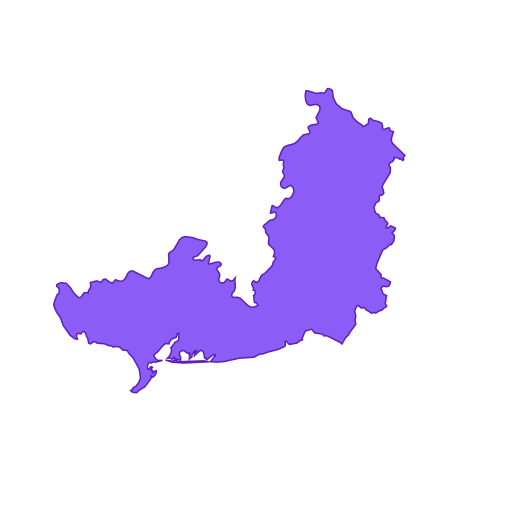 SVG path tracing the border of Odessa, rotated 41°
{"feature_id": "UKR-322", "entity_name": "Odessa", "entity_type": "Region", "adm_level": 1, "iso_a3": "UKR", "parent_name": "Ukraine", "parent_adm1": "", "projection": "orthographic", "projection_center": [29.872, 46.718], "detail": "fine", "context": "isolated", "style": "filled", "palette": "violet", "viewbox_px": 512, "rotation_deg": 41, "n_neighbors": 0, "source": "natural_earth", "source_scale": "10m", "svg_char_len": 6105}
<svg xmlns="http://www.w3.org/2000/svg" viewBox="0 0 512 512"><g transform="rotate(41 256 256)"><path d="M125.5,409.7L124.4,408.2L126.0,404.4L130.7,401.1L136.8,401.7L143.2,403.5L148.7,403.8L150.5,403.0L150.9,401.6L150.3,396.9L151.3,395.4L153.6,394.4L152.5,392.7L151.5,387.6L148.4,384.7L152.0,379.4L156.0,377.6L156.5,376.7L156.0,374.4L157.4,372.1L163.1,371.7L165.4,370.4L165.7,369.2L165.4,366.1L168.6,365.0L171.3,363.1L171.9,361.5L172.1,359.0L170.6,352.7L170.7,350.7L171.7,348.9L173.2,348.0L188.1,344.2L190.2,343.3L190.4,340.9L188.9,335.5L188.8,332.5L189.5,330.6L192.4,327.3L194.4,324.0L195.4,321.1L195.0,318.5L188.6,311.7L188.5,310.0L189.7,306.1L189.6,304.2L187.6,293.9L188.1,290.4L189.9,287.8L196.2,283.6L200.8,281.9L208.3,277.8L210.1,277.8L211.4,279.5L212.0,282.1L211.8,293.9L209.9,297.4L209.9,298.7L211.3,299.9L213.2,298.8L216.3,295.4L218.3,295.1L218.9,293.5L218.6,289.9L218.8,288.4L220.3,285.9L221.5,286.3L225.0,292.8L226.0,292.8L229.7,287.2L231.3,285.4L233.1,284.5L235.0,284.8L235.5,285.6L235.5,287.2L234.4,290.0L235.0,291.8L240.1,293.3L241.3,294.4L243.6,298.6L246.3,299.6L248.9,297.9L249.5,295.9L249.1,292.9L249.6,292.1L253.7,291.4L254.7,289.6L254.7,286.2L255.8,288.1L260.2,292.3L262.0,295.1L262.5,297.3L262.6,300.5L264.3,302.3L266.0,302.1L269.1,299.3L271.9,298.2L282.0,298.7L285.7,298.1L287.9,295.9L289.9,292.1L287.4,291.1L285.3,292.1L280.0,287.3L280.6,286.3L279.0,283.4L277.9,282.8L276.3,283.7L275.4,282.0L271.7,280.4L270.5,278.9L270.3,276.2L273.6,275.7L274.5,273.0L273.0,268.1L273.0,266.5L274.1,262.8L274.6,252.9L273.0,249.3L272.7,244.8L271.8,244.3L269.5,245.1L268.0,241.3L265.6,239.3L258.1,238.9L256.6,237.7L253.3,233.1L247.9,231.9L245.1,229.3L242.6,229.4L241.8,228.1L243.0,220.0L244.9,217.5L245.6,215.8L245.5,214.0L244.9,212.3L242.8,210.2L241.3,210.4L239.6,213.3L238.7,214.1L235.2,207.7L235.4,207.0L239.5,206.3L240.8,204.8L241.3,201.8L240.4,195.4L240.7,192.7L242.8,191.7L243.8,189.6L243.7,186.7L242.9,183.9L241.8,181.8L238.9,179.9L235.6,180.0L233.7,185.5L232.3,186.8L229.6,187.1L227.2,185.5L226.1,183.6L225.5,178.2L224.4,176.5L220.7,175.0L219.1,170.9L216.6,169.2L215.1,166.6L213.9,166.0L212.5,166.6L210.9,168.6L209.4,167.4L208.7,166.1L206.7,160.8L205.6,155.9L206.8,152.7L211.1,146.2L212.0,141.6L211.9,137.2L212.4,133.4L215.9,128.7L215.6,127.4L214.5,126.4L211.7,125.4L210.9,124.6L210.9,123.2L211.7,121.1L215.5,116.4L215.8,114.7L210.6,112.2L208.6,104.3L206.7,101.7L204.2,101.2L201.5,102.4L197.9,107.1L194.9,107.7L192.4,106.6L189.5,104.3L186.9,101.4L185.3,98.5L186.8,97.3L193.7,94.3L195.5,93.1L197.5,90.5L200.5,88.5L200.8,87.4L200.1,83.0L200.4,82.3L203.8,80.9L205.3,81.2L210.6,85.9L216.8,88.5L224.4,88.4L232.3,85.1L233.5,85.1L238.4,87.9L244.6,88.4L250.4,87.6L251.9,88.0L252.3,87.8L253.8,82.9L253.4,81.7L251.3,78.8L251.6,77.3L252.5,76.8L255.4,76.8L260.1,74.2L263.8,73.3L266.1,74.7L268.0,76.9L268.8,77.0L269.6,76.4L272.0,72.2L272.7,71.9L275.1,73.4L278.2,72.0L280.7,77.7L282.4,80.1L285.3,81.5L302.4,82.4L302.6,85.1L304.3,86.4L304.2,87.6L301.8,87.8L300.7,88.8L299.4,88.7L295.7,90.7L295.6,91.4L296.7,92.1L297.0,93.2L297.0,95.6L296.2,97.1L296.2,99.2L297.0,100.2L299.7,101.3L302.7,105.2L305.0,118.9L305.8,120.9L311.0,124.4L311.4,126.8L309.8,128.9L309.8,129.9L312.6,133.2L312.6,134.6L311.6,137.2L313.2,142.0L317.8,145.1L322.0,144.4L323.9,145.6L327.5,143.2L330.0,144.4L333.5,144.6L334.3,145.3L335.1,148.5L335.9,149.2L336.8,148.6L338.0,144.8L342.9,143.5L343.6,144.7L343.8,146.8L343.4,149.2L347.2,149.9L350.3,154.4L350.6,158.2L350.4,159.1L349.4,159.8L349.2,163.8L347.7,168.4L352.1,182.2L354.6,187.0L362.6,187.9L364.1,189.8L365.0,190.0L367.5,188.8L374.5,187.4L375.6,189.4L376.0,191.1L375.5,192.5L374.4,193.8L371.6,195.3L371.5,198.3L377.0,201.3L380.5,200.2L381.9,202.8L383.3,204.4L384.4,206.9L387.3,207.9L387.6,209.3L386.7,211.4L386.6,214.2L384.9,216.9L383.9,220.4L381.6,221.8L380.9,223.3L373.9,224.4L371.7,223.7L370.0,226.0L365.4,226.5L364.9,227.2L365.8,230.9L367.1,233.3L370.6,235.7L373.1,239.8L376.1,242.0L377.0,252.8L377.6,254.7L377.2,259.2L378.6,266.0L376.2,266.0L362.1,269.6L359.5,271.8L357.8,271.3L356.7,271.8L350.7,275.6L346.3,274.8L345.3,275.8L342.4,280.3L344.7,287.5L346.1,288.8L344.9,290.7L344.0,294.9L339.2,300.9L334.6,300.6L333.9,301.4L336.2,303.4L336.9,304.4L336.9,305.7L334.1,311.8L328.3,320.3L325.3,325.6L323.3,327.3L320.8,333.8L310.5,344.0L301.2,356.6L296.4,361.5L290.7,365.9L290.9,364.3L290.4,357.4L289.8,357.2L288.3,359.2L287.0,366.5L286.3,366.7L285.1,365.8L284.1,366.7L280.2,363.5L278.1,362.6L276.2,363.6L275.6,366.0L274.9,371.8L273.2,369.3L273.7,367.1L273.4,366.4L272.6,366.7L272.0,368.4L272.3,372.1L273.8,374.3L273.2,377.6L272.1,375.6L270.2,374.3L270.1,372.8L269.3,372.6L268.2,374.3L263.9,374.8L262.1,376.0L261.5,378.5L262.1,380.1L265.5,381.8L267.4,384.0L262.7,386.9L260.9,386.1L260.5,387.1L260.9,388.5L257.2,390.1L256.2,391.1L256.3,387.9L255.3,384.6L253.7,382.0L251.8,381.0L252.0,380.1L251.5,374.3L252.8,370.6L251.7,368.6L249.3,366.6L248.5,365.0L247.7,365.7L247.7,367.5L249.2,369.7L246.8,374.3L246.9,377.1L248.0,379.4L245.0,381.6L244.5,386.4L244.7,392.3L243.8,397.8L247.2,399.3L248.8,399.5L250.4,399.2L253.9,396.1L250.0,401.9L247.9,403.4L247.0,405.7L245.1,406.6L245.1,407.7L246.5,410.6L248.1,412.2L249.1,412.0L249.5,408.2L250.9,407.9L251.1,411.2L252.1,410.8L252.0,410.3L253.4,410.4L254.0,410.9L254.4,412.9L255.3,409.0L256.0,408.0L257.3,409.6L257.9,411.5L258.0,413.9L257.3,415.6L255.6,415.4L256.8,416.8L257.5,419.1L257.9,428.0L255.7,434.7L255.7,437.2L253.9,438.9L251.0,440.1L249.6,439.8L250.3,438.0L249.7,436.4L250.8,432.9L250.4,428.1L248.9,423.9L242.0,417.9L230.1,413.5L223.5,412.8L220.8,411.8L217.3,414.4L212.7,414.2L209.5,416.3L208.0,418.4L205.9,418.5L204.0,420.1L199.0,421.8L193.4,426.0L190.7,426.2L189.5,427.7L188.8,430.9L186.9,431.6L182.7,428.3L180.7,427.9L178.5,426.2L177.1,425.8L174.9,426.3L174.8,429.9L172.4,431.1L172.2,432.0L172.8,434.1L175.8,435.8L173.8,437.3L167.8,437.8L156.4,435.0L149.3,431.1L141.7,429.0L137.3,426.8L135.3,425.5L133.7,422.4L131.3,415.7L131.8,413.3L130.2,411.0L127.7,409.5L125.5,409.7ZM266.7,386.8L285.4,369.3L289.7,366.9L271.1,384.7L262.5,391.1L255.9,393.9L262.0,390.2L263.1,387.8L266.7,386.8Z" fill="#8b5cf6" stroke="#5b21b6" stroke-width="1.5"/></g></svg>